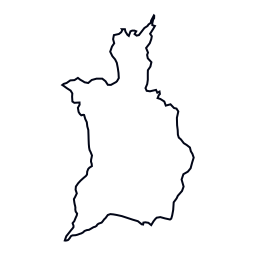 Paramali, Limassol, Cyprus
{"feature_id": "46923920B35897825724853", "entity_name": "Paramali", "entity_type": "district", "adm_level": 2, "iso_a3": "CYP", "parent_name": "Cyprus", "parent_adm1": "Limassol", "projection": "equal_earth", "projection_center": [32.794, 34.691], "detail": "fine", "context": "isolated", "style": "outline", "palette": "ink", "viewbox_px": 256, "rotation_deg": 0, "n_neighbors": 0, "source": "geoboundaries", "source_scale": "gbopen_adm2", "svg_char_len": 2719}
<svg xmlns="http://www.w3.org/2000/svg" viewBox="0 0 256 256"><path d="M62.3,85.0L63.7,85.9L67.0,88.3L70.6,90.6L72.3,93.4L72.1,96.8L72.4,101.5L74.3,102.8L79.5,102.5L79.6,104.7L77.9,107.8L78.6,111.9L79.8,113.9L81.3,115.3L83.2,114.8L84.1,115.0L85.3,119.1L86.8,122.2L87.3,126.4L88.3,130.0L88.5,135.3L88.6,139.2L88.8,144.1L89.1,147.6L89.6,150.1L90.4,151.6L91.1,153.3L92.0,155.5L91.5,157.9L91.1,159.6L91.0,161.7L91.7,163.8L91.9,166.1L89.4,167.7L88.2,169.0L87.2,171.6L87.0,174.5L85.9,176.0L83.6,177.9L80.6,180.6L78.2,183.2L75.9,186.5L75.6,189.7L76.8,193.4L75.1,197.0L73.9,199.1L74.3,202.2L74.7,204.4L75.1,205.8L75.4,207.7L75.3,209.4L75.7,211.6L77.1,213.6L76.7,215.6L76.0,217.0L75.2,218.9L74.3,221.1L72.6,223.2L73.5,225.7L73.5,227.1L72.6,228.4L71.3,229.9L68.7,233.2L66.3,236.2L65.4,238.7L64.8,240.5L65.4,240.6L66.3,240.5L67.2,240.3L67.9,240.1L68.6,239.5L69.4,238.5L70.0,237.7L70.4,237.0L71.0,236.1L72.4,235.4L73.9,235.3L75.6,235.2L77.5,234.7L79.1,234.1L81.5,233.3L83.2,232.3L84.5,231.0L86.8,230.1L89.0,229.8L90.6,228.9L93.5,227.2L95.0,226.8L96.5,225.9L97.3,224.6L98.5,223.7L101.6,222.6L102.8,221.2L104.2,219.3L105.5,218.1L107.8,215.0L110.4,214.1L113.4,214.4L116.8,215.0L121.8,216.1L126.1,217.5L132.8,219.7L137.9,221.2L141.7,224.3L143.1,224.5L143.4,222.6L145.4,222.3L148.4,222.8L151.2,225.1L153.5,221.3L155.4,218.9L156.7,217.7L160.3,217.1L165.0,218.4L170.0,219.5L170.2,219.3L171.2,218.7L171.7,217.1L172.2,215.3L172.7,212.6L173.2,209.9L173.7,202.3L176.6,198.4L177.8,195.8L182.0,191.0L183.6,186.6L181.6,179.5L183.4,174.2L187.8,171.7L190.6,168.3L192.2,162.4L193.7,157.6L192.4,153.8L190.9,151.4L189.9,147.5L186.7,145.0L183.8,143.2L180.9,139.4L178.8,137.6L177.9,134.7L177.7,130.1L177.1,125.3L176.9,117.8L178.3,111.5L176.5,108.6L174.0,108.0L170.5,104.3L165.8,105.6L164.3,101.5L160.4,99.0L157.6,98.1L158.7,95.3L159.9,94.0L159.5,91.6L157.3,92.7L156.0,89.9L154.3,90.3L150.0,91.3L146.7,90.8L145.5,88.1L147.2,84.1L147.8,79.9L147.8,73.5L147.9,70.2L150.4,66.6L151.4,62.2L147.8,58.3L147.1,54.9L148.0,52.6L146.1,48.0L149.8,43.2L151.3,39.0L151.8,36.2L150.1,33.8L153.4,28.6L154.9,26.0L153.6,25.6L152.3,25.1L152.3,23.2L153.2,19.5L154.1,18.2L154.2,15.7L153.9,15.4L151.1,20.7L150.8,22.8L148.5,24.5L147.5,26.0L144.4,28.0L138.9,35.1L136.6,35.6L134.6,34.1L136.2,31.3L134.4,30.6L132.2,30.6L130.5,31.3L128.8,35.9L127.5,34.9L125.4,31.5L124.9,29.2L121.9,29.2L122.4,29.9L121.2,32.2L118.9,34.0L113.9,35.1L113.1,39.2L114.2,43.3L112.0,46.5L110.2,51.7L112.4,56.2L115.1,59.4L116.8,62.8L117.8,68.0L118.5,72.9L118.8,78.1L117.0,81.2L116.0,82.1L110.9,84.9L107.8,84.8L105.5,81.2L102.3,78.7L96.4,78.7L91.7,80.0L88.2,83.0L84.6,82.3L83.2,81.4L80.2,79.7L77.9,77.9L74.5,80.1L70.3,80.4L66.6,83.0L63.7,83.9L62.3,85.0Z" fill="none" stroke="#020617" stroke-width="2"/></svg>